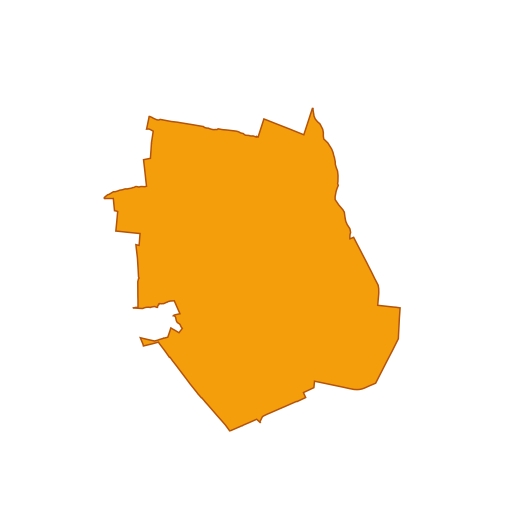 the district of Nicolae Balcescu, Constanta, Romania, rotated 46°
{"feature_id": "2599482B82722898963423", "entity_name": "Nicolae Balcescu", "entity_type": "district", "adm_level": 2, "iso_a3": "ROU", "parent_name": "Romania", "parent_adm1": "Constanta", "projection": "equal_earth", "projection_center": [28.337, 44.408], "detail": "fine", "context": "isolated", "style": "filled", "palette": "amber", "viewbox_px": 512, "rotation_deg": 46, "n_neighbors": 0, "source": "geoboundaries", "source_scale": "gbopen_adm2", "svg_char_len": 5791}
<svg xmlns="http://www.w3.org/2000/svg" viewBox="0 0 512 512"><g transform="rotate(46 256 256)"><path d="M300.9,392.1L301.2,392.2L305.6,392.6L309.7,393.0L310.8,393.1L312.3,393.2L315.3,393.6L315.8,393.6L316.5,393.6L320.1,393.8L320.2,393.7L320.4,393.5L321.5,393.6L323.8,393.7L325.8,393.9L328.7,394.0L331.1,394.1L332.4,394.2L338.4,394.5L343.4,394.8L350.7,395.1L356.3,395.4L359.9,395.9L363.5,396.4L364.2,395.1L365.2,392.4L368.2,384.4L368.4,384.0L368.6,383.8L368.7,383.6L368.7,383.1L368.7,382.9L370.5,378.2L370.9,377.2L373.9,368.9L374.0,368.9L378.6,368.7L378.6,368.4L377.9,368.4L377.4,366.7L376.7,364.8L376.3,363.7L376.1,363.0L376.2,362.4L376.2,362.1L376.5,361.1L376.9,359.9L377.3,358.6L377.7,357.4L378.2,356.2L381.7,346.8L382.5,344.6L382.9,343.7L383.5,341.9L383.7,341.4L383.9,341.0L385.7,336.1L386.5,333.9L387.0,332.6L388.7,328.0L389.2,327.7L392.3,318.6L388.4,317.2L387.2,316.7L389.5,310.0L390.9,305.8L386.8,301.0L386.7,300.9L393.3,296.4L403.3,289.6L411.1,284.3L416.7,280.6L417.2,280.2L420.1,278.2L422.3,276.1L423.7,274.5L425.0,272.5L425.4,271.8L425.7,271.1L426.1,270.3L426.6,269.0L427.1,267.6L428.4,264.0L430.6,258.3L423.6,237.9L422.4,234.4L420.7,229.3L418.7,223.3L414.4,211.1L409.6,206.0L405.4,201.5L401.2,197.0L401.1,196.9L399.9,195.6L393.6,188.6L393.0,188.8L393.0,188.7L390.1,190.9L390.0,191.0L388.3,192.5L376.0,202.7L369.0,194.6L367.7,193.2L364.6,190.3L361.8,188.4L356.1,186.7L355.9,186.6L355.6,186.6L347.0,183.8L341.9,182.3L337.5,180.9L329.0,178.4L325.1,177.2L317.6,175.0L310.4,172.8L308.9,176.5L308.4,176.2L306.4,174.1L305.9,173.5L305.6,173.0L305.1,172.1L304.7,171.5L304.5,171.4L301.9,169.7L301.4,169.5L298.9,169.0L297.8,168.8L297.3,168.7L297.0,168.7L293.8,167.5L293.2,167.2L292.4,166.7L289.7,164.9L285.9,162.1L285.6,162.0L285.4,161.9L284.7,161.8L283.2,161.4L281.7,161.3L276.7,161.0L270.4,159.9L268.3,157.9L265.3,153.7L263.6,150.6L262.4,147.8L262.0,147.6L260.6,147.0L260.3,146.6L259.4,145.4L255.1,141.1L252.8,139.3L251.5,138.3L248.2,136.9L245.2,135.3L243.2,133.5L241.6,132.5L239.8,131.3L238.6,130.7L238.0,130.4L237.4,130.1L235.1,128.7L231.7,127.3L231.3,127.2L225.1,125.9L224.8,125.8L220.3,125.9L219.2,126.0L218.9,125.9L218.7,125.8L216.7,124.4L215.5,123.3L214.1,121.9L213.8,121.7L211.7,120.3L211.0,119.9L206.0,118.4L205.0,118.2L204.4,118.3L203.2,118.4L202.4,118.5L200.7,118.4L198.8,118.2L198.4,118.2L197.3,117.7L196.2,117.3L195.5,117.0L194.6,116.3L192.7,115.0L191.4,114.1L190.4,113.4L189.8,112.8L189.5,112.5L189.2,112.7L189.0,112.9L190.9,116.5L194.7,123.6L202.0,137.4L187.4,143.9L173.7,150.2L166.8,153.3L162.9,155.1L168.3,165.2L171.9,171.9L171.6,172.1L170.7,172.4L170.6,172.5L170.3,172.6L170.6,173.2L169.6,173.7L167.9,174.5L167.4,174.9L166.9,175.5L166.1,176.3L164.8,177.2L164.4,177.3L163.3,178.3L161.9,179.6L161.3,179.8L160.5,180.0L159.1,180.1L158.8,180.3L157.2,181.3L156.4,181.7L155.2,182.0L153.7,182.7L152.3,183.6L149.2,186.1L144.7,189.8L142.2,192.0L140.6,193.2L138.2,194.9L138.0,196.2L137.0,197.1L135.9,198.5L135.2,199.1L133.7,200.1L132.8,200.6L131.3,201.3L130.7,201.6L130.0,202.4L127.9,203.7L127.0,203.9L126.5,203.8L117.9,210.1L110.4,215.7L107.6,217.8L105.8,219.1L105.0,219.7L100.4,223.5L91.1,230.1L90.7,231.4L90.4,231.7L89.4,232.5L88.5,233.0L86.7,233.7L85.7,234.1L84.7,234.4L84.2,234.5L81.8,235.5L81.4,236.0L82.1,236.9L88.4,246.1L88.7,246.6L90.1,245.0L90.7,244.6L91.6,244.2L94.8,243.2L96.7,245.7L102.2,252.9L102.4,252.9L102.9,253.6L107.1,258.2L111.3,262.9L112.4,264.1L108.6,270.0L114.2,274.3L119.3,278.2L124.4,282.2L129.8,286.3L129.5,286.8L128.9,287.9L126.7,289.9L125.9,290.8L125.1,292.3L123.3,293.5L122.6,294.1L122.3,294.7L122.0,296.0L121.2,297.1L120.7,298.4L118.6,301.5L118.5,301.8L118.2,302.2L117.7,302.6L117.1,303.2L116.5,304.1L116.0,305.1L115.9,305.5L115.4,306.2L115.1,306.8L114.4,307.7L114.2,308.0L113.8,308.7L113.5,309.5L113.2,310.2L112.3,312.0L111.8,312.8L110.7,314.0L110.5,314.9L109.7,318.3L109.7,318.6L108.9,320.2L108.6,323.0L108.6,324.3L108.7,324.8L108.9,325.0L109.2,325.0L109.4,324.8L109.6,324.9L115.1,319.2L115.5,318.7L120.3,322.5L125.1,326.3L125.2,326.2L127.0,325.0L127.9,324.6L128.0,324.7L134.4,332.1L140.7,339.5L140.8,339.4L145.4,335.5L150.1,331.6L154.7,327.7L159.3,323.8L161.4,326.2L163.7,328.8L166.0,331.4L167.1,332.8L164.4,334.5L167.6,337.0L174.2,342.0L175.8,343.3L182.6,349.1L189.4,355.0L190.2,355.2L190.9,355.9L190.8,356.5L191.0,356.7L191.5,357.5L192.3,358.8L192.9,359.4L199.1,365.3L201.9,368.0L205.7,371.5L210.9,376.5L210.1,377.5L209.3,378.4L209.0,379.0L208.1,380.2L208.3,380.3L208.9,379.7L209.6,379.0L214.9,374.2L215.2,373.6L215.5,372.8L215.9,371.9L216.7,370.6L217.3,369.9L217.8,369.3L218.4,368.7L219.7,367.7L219.9,367.0L220.8,365.6L221.2,365.0L221.4,364.6L221.8,364.2L222.1,363.9L224.1,363.0L224.5,362.6L224.4,362.4L224.3,362.2L224.1,362.0L223.7,361.6L223.6,360.9L223.5,360.7L223.4,360.5L223.3,360.3L223.4,360.0L223.5,359.9L223.5,359.5L223.4,359.4L223.2,359.3L222.9,359.0L222.9,358.9L223.0,358.7L223.2,358.4L224.0,357.8L224.9,357.0L225.6,356.0L226.0,355.7L226.2,355.3L226.6,354.3L226.9,353.3L227.3,352.3L227.5,352.1L227.6,351.5L227.9,350.6L228.4,349.9L228.7,349.1L229.0,348.8L229.5,348.2L231.1,346.3L231.4,345.9L242.5,350.0L244.7,350.8L242.2,354.9L241.6,356.0L241.6,356.9L241.9,356.7L242.7,356.3L243.3,356.2L243.8,356.3L244.4,356.5L246.9,358.1L248.4,358.7L249.8,358.7L252.0,358.2L253.1,358.4L254.1,358.8L255.1,359.1L255.5,359.2L256.9,359.3L257.4,363.0L257.7,364.7L253.2,365.9L250.3,366.8L248.6,367.2L248.8,367.7L249.2,368.4L249.7,369.2L253.1,375.8L253.0,376.1L251.0,379.6L250.7,379.7L250.7,380.2L248.8,383.8L248.7,384.2L248.5,384.7L246.7,388.0L244.9,389.2L241.6,391.4L236.8,394.5L234.4,396.0L239.5,398.0L241.0,398.6L242.5,399.5L247.2,391.5L250.2,386.0L251.5,386.3L261.3,387.5L268.4,388.6L268.8,388.7L269.2,388.2L273.2,388.8L278.9,389.4L281.5,389.7L282.7,389.9L282.9,389.9L290.3,390.8L300.9,392.1Z" fill="#f59e0b" stroke="#b45309" stroke-width="1.5"/></g></svg>